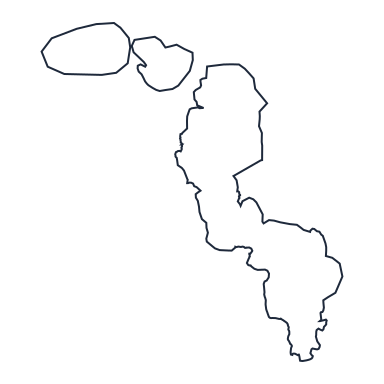 Kadavu, Fiji (Natural Earth projection), rotated 270°
{"feature_id": "14151628B61046117406534", "entity_name": "Kadavu", "entity_type": "district", "adm_level": 2, "iso_a3": "FJI", "parent_name": "Fiji", "parent_adm1": "", "projection": "natural_earth1", "projection_center": [178.202, -18.951], "detail": "fine", "context": "isolated", "style": "outline", "palette": "slate", "viewbox_px": 384, "rotation_deg": 270, "n_neighbors": 0, "source": "geoboundaries", "source_scale": "gbopen_adm2", "svg_char_len": 4532}
<svg xmlns="http://www.w3.org/2000/svg" viewBox="0 0 384 384"><g transform="rotate(270 192 192)"><path d="M234.4,181.6L232.6,180.7L233.1,179.6L233.0,178.4L232.8,177.6L232.3,177.1L231.9,176.0L230.6,175.5L229.7,175.2L228.7,175.5L227.6,175.5L227.0,175.8L226.2,176.7L224.0,177.1L218.8,177.8L216.0,181.9L213.4,184.0L204.7,187.4L204.3,187.7L200.9,187.2L200.9,188.2L201.4,189.5L201.3,191.2L200.4,193.1L197.8,194.2L196.9,196.6L194.0,199.8L193.3,200.5L191.7,198.1L189.8,195.7L186.3,195.9L183.2,197.8L177.3,199.0L172.0,199.5L164.9,201.9L161.2,206.3L156.1,206.5L151.3,207.9L145.3,206.3L142.4,206.8L138.2,211.8L135.6,215.0L133.9,219.7L133.5,228.0L133.4,231.7L136.3,235.1L137.2,235.3L136.9,235.8L136.9,236.3L137.4,238.5L137.0,241.0L137.2,241.6L137.4,242.7L137.0,244.0L136.2,244.8L136.1,245.9L136.4,246.2L136.4,247.3L136.5,249.2L135.4,251.3L133.2,252.3L132.6,252.0L130.4,250.4L130.4,249.3L130.0,249.2L129.2,249.7L128.2,249.6L127.6,249.8L127.0,249.3L126.4,249.3L125.6,248.8L121.0,246.9L119.1,248.1L118.7,248.9L118.7,250.0L118.4,250.2L118.4,250.8L117.7,251.2L115.2,254.4L114.1,257.7L114.4,265.0L113.3,267.4L110.4,269.0L106.6,268.7L103.5,266.7L102.5,264.6L100.9,264.0L100.0,263.7L96.4,264.1L91.8,264.5L89.5,264.2L87.0,264.8L86.4,265.1L83.9,265.8L82.0,265.7L80.2,265.6L79.4,265.6L74.8,266.2L73.2,266.7L71.7,267.3L70.4,267.7L67.1,268.9L66.3,269.7L65.9,271.0L66.0,272.5L65.9,275.4L65.8,276.0L65.1,278.9L65.0,280.9L65.2,281.0L64.1,282.5L63.7,283.4L63.2,283.9L63.0,284.3L62.8,284.5L62.2,285.5L61.9,285.8L61.1,286.9L60.3,287.4L60.0,287.5L59.7,287.8L58.6,287.9L57.6,288.3L56.9,288.7L56.3,288.7L54.7,288.3L54.3,288.4L53.2,289.1L52.9,289.1L52.3,289.3L49.8,289.3L48.0,288.4L46.9,288.1L45.0,287.8L44.1,288.1L42.9,289.0L42.4,289.3L41.7,289.5L41.3,289.8L41.1,289.8L40.1,290.2L39.8,290.8L39.4,291.2L38.9,291.5L38.3,291.7L38.0,291.9L36.0,291.1L35.4,291.0L33.7,290.8L31.9,290.6L30.7,290.7L29.6,290.9L29.3,291.1L29.3,291.5L29.1,292.2L29.5,292.2L29.9,292.5L30.3,293.0L30.4,293.9L30.3,295.0L29.7,296.2L29.5,296.5L29.4,296.8L28.8,297.9L28.8,298.3L29.1,298.4L29.4,298.7L29.4,298.9L27.5,299.4L24.9,299.8L23.3,300.1L23.1,301.4L23.0,302.7L23.6,306.2L24.0,307.9L24.6,309.9L25.5,311.6L26.3,312.3L27.9,312.8L29.0,311.6L30.8,310.4L34.7,311.5L35.5,312.5L35.0,314.9L34.6,317.1L35.1,318.6L37.0,319.6L38.9,319.9L42.6,317.3L47.4,315.9L49.0,316.2L50.4,316.2L52.6,316.3L54.0,316.7L55.4,318.5L54.3,320.4L53.5,322.3L54.6,323.4L57.2,324.0L58.5,325.3L59.6,326.2L61.7,326.2L63.5,326.7L64.4,325.9L63.7,323.5L62.9,320.0L62.9,319.8L64.2,321.3L71.0,320.5L71.8,321.0L72.0,322.4L73.5,323.3L76.4,323.9L79.3,323.6L81.6,323.4L83.7,323.3L87.0,328.3L91.2,335.4L107.5,342.4L120.4,339.7L126.2,332.3L128.0,325.9L133.2,326.2L136.9,326.2L140.5,325.5L148.2,322.8L149.4,321.2L152.3,319.4L152.8,316.9L155.0,314.3L155.3,312.5L153.4,310.4L152.1,310.1L154.1,303.6L156.5,300.6L159.2,296.9L159.9,289.9L161.7,280.2L163.4,274.0L163.9,269.0L160.6,263.6L162.4,262.4L169.6,262.7L181.6,256.4L184.7,253.3L186.3,249.2L182.8,242.5L178.2,240.6L179.7,240.0L182.6,237.8L185.5,239.0L185.8,239.4L186.4,239.4L187.3,238.9L187.9,239.0L188.3,239.4L188.6,240.1L189.1,240.1L189.6,239.6L190.1,239.2L191.1,239.2L191.9,239.1L192.6,238.3L192.6,237.2L196.7,237.8L203.7,236.6L208.0,233.5L223.6,260.7L223.9,262.1L238.4,262.2L242.0,261.7L247.2,261.8L251.0,261.9L257.8,259.0L264.8,259.7L267.9,259.8L272.4,259.5L280.7,267.1L295.2,255.2L305.6,253.6L310.8,249.0L315.3,244.8L319.5,239.0L319.7,231.3L319.5,223.6L317.5,207.1L306.0,206.2L305.3,202.4L304.0,200.4L302.4,200.5L298.6,201.1L296.6,200.2L294.0,195.7L291.9,193.8L284.5,194.5L282.1,196.6L278.7,197.2L276.0,203.6L276.0,202.1L275.8,199.6L276.6,197.9L275.7,191.7L274.7,189.7L272.3,188.8L267.6,187.2L263.3,187.0L255.5,187.1L251.0,182.3L250.2,182.0L249.9,180.5L248.0,180.2L247.2,180.2L246.5,180.5L245.7,180.0L245.0,180.2L244.7,180.6L243.6,180.5L242.4,180.8L241.5,180.7L240.5,181.9L239.9,181.9L239.5,181.5L239.5,182.4L239.1,182.1L238.3,181.9L237.3,182.0L236.7,181.5L236.1,181.4L235.1,181.8L234.4,181.6ZM346.0,128.8L356.2,120.5L361.0,114.0L359.9,96.3L355.2,76.7L345.7,51.7L332.4,41.6L317.3,47.7L310.0,64.3L309.1,101.7L311.2,116.2L320.7,127.7L336.7,130.2L346.0,128.8ZM344.1,134.5L338.1,131.8L331.7,133.6L322.0,143.8L318.8,146.1L317.3,145.2L319.6,140.6L318.3,137.8L315.6,137.6L312.4,138.7L309.7,141.6L306.0,143.5L302.6,145.1L300.4,146.8L298.8,148.4L296.1,152.6L294.1,156.2L293.0,159.7L294.0,165.6L295.0,172.5L298.4,178.3L313.1,189.8L323.9,192.8L331.3,192.5L335.0,184.3L339.3,176.6L337.4,169.4L336.5,165.4L343.5,160.6L347.2,154.8L344.1,134.5Z" fill="none" stroke="#1e293b" stroke-width="2"/></g></svg>